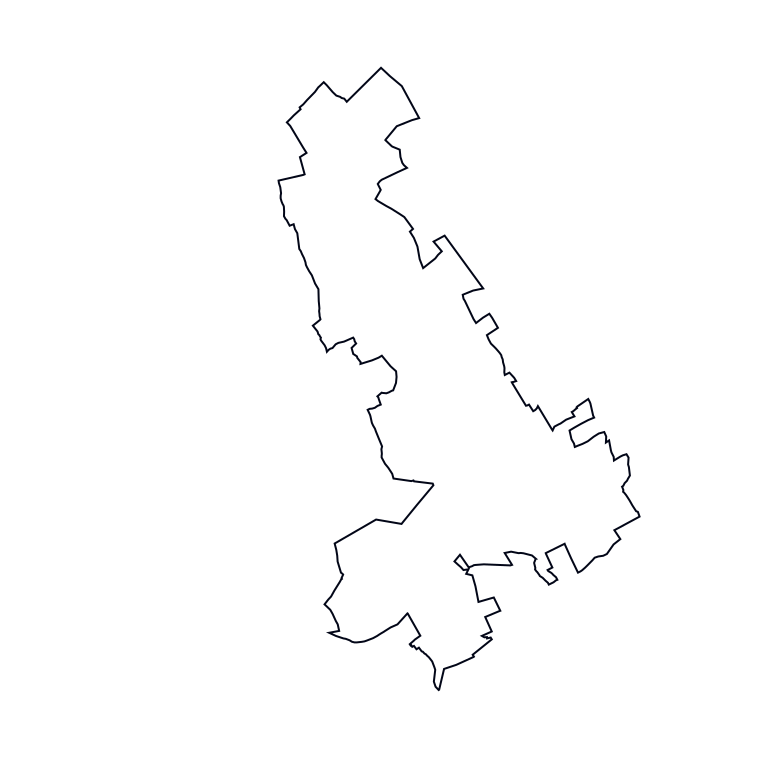 Hoctún, Yucatán, Mexico, rotated 233°
{"feature_id": "50627088B43977727646582", "entity_name": "Hoctún", "entity_type": "district", "adm_level": 2, "iso_a3": "MEX", "parent_name": "Mexico", "parent_adm1": "Yucatán", "projection": "albers", "projection_center": [-89.168, 20.886], "detail": "fine", "context": "isolated", "style": "outline", "palette": "ink", "viewbox_px": 768, "rotation_deg": 233, "n_neighbors": 0, "source": "geoboundaries", "source_scale": "gbopen_adm2", "svg_char_len": 5506}
<svg xmlns="http://www.w3.org/2000/svg" viewBox="0 0 768 768"><g transform="rotate(233 384 384)"><path d="M638.3,571.9L631.8,524.1L635.8,524.0L637.9,522.3L639.7,521.8L643.0,519.5L647.9,518.7L657.1,518.1L661.3,517.5L660.6,511.7L660.5,510.1L658.8,504.6L657.1,493.6L655.9,487.7L655.7,483.1L653.6,482.7L653.3,479.2L652.8,473.6L652.1,469.2L651.4,463.9L646.5,464.4L621.3,461.7L615.2,461.2L615.8,453.4L599.2,446.8L599.6,445.3L609.9,422.2L607.7,421.0L603.6,419.6L598.3,416.6L596.6,414.8L594.5,413.2L591.4,412.0L588.6,411.3L587.2,411.2L585.8,410.7L581.8,408.0L578.2,405.1L575.3,404.7L573.5,404.9L567.2,403.9L566.0,408.0L561.3,406.1L556.6,405.5L542.8,397.6L540.2,397.5L537.1,396.7L532.7,395.9L528.4,394.5L526.1,393.3L523.8,392.8L519.0,392.1L514.2,391.8L505.7,389.4L499.2,388.7L489.5,381.8L483.2,377.9L481.2,376.0L478.7,374.6L476.9,373.4L473.9,372.2L473.7,371.2L473.4,362.3L465.9,362.5L463.2,361.5L462.1,361.8L460.4,361.5L459.0,361.5L458.0,360.2L456.5,359.9L453.3,359.9L450.7,359.9L447.5,359.3L444.1,357.8L444.6,360.3L444.5,362.4L443.7,364.5L444.8,369.3L444.3,372.3L441.9,377.6L441.3,380.1L439.6,387.3L437.8,387.2L435.7,386.3L433.1,386.1L432.3,379.8L426.4,377.5L425.8,377.8L422.3,379.0L420.9,378.4L415.5,378.5L414.2,377.3L410.1,388.6L408.3,395.5L407.9,399.3L394.2,399.9L386.9,401.3L382.1,398.3L377.6,394.2L373.4,387.5L373.9,386.2L374.4,382.8L375.2,380.2L376.1,379.3L377.6,377.6L378.5,376.9L378.1,371.3L376.7,371.4L374.9,370.7L369.5,369.0L370.4,365.6L370.5,362.4L371.5,359.7L372.8,357.6L373.2,355.4L367.9,354.3L366.5,353.8L361.1,351.3L360.1,350.9L357.4,350.3L353.8,349.9L351.0,349.0L343.1,346.9L335.3,344.9L333.5,342.7L330.0,340.6L329.0,339.8L328.2,339.0L328.1,338.9L327.9,338.8L326.8,337.9L319.7,336.8L314.5,337.0L307.3,336.5L302.8,334.7L290.0,347.4L289.2,349.5L288.2,349.4L275.1,363.0L273.4,362.5L267.6,337.6L262.3,316.0L261.7,313.8L280.5,296.1L286.3,248.6L280.1,246.0L275.0,243.3L270.1,240.1L259.2,236.1L257.5,236.6L256.4,236.7L254.5,233.2L253.7,233.1L253.7,232.2L252.5,229.5L248.9,220.1L246.1,213.8L245.4,209.8L243.8,203.9L236.0,205.2L231.3,204.6L223.7,202.9L219.9,202.4L213.8,199.6L218.3,190.5L211.7,194.0L205.2,198.5L203.5,200.1L200.0,202.3L197.4,203.3L195.3,205.0L194.1,206.6L191.5,211.0L190.2,213.5L189.4,216.0L187.6,222.3L186.9,227.0L186.8,229.1L186.6,231.5L186.2,234.8L186.2,235.5L185.7,241.6L185.6,242.8L183.9,250.1L186.7,264.7L186.4,264.8L166.4,262.2L161.1,261.5L161.3,254.5L161.1,253.7L161.0,252.3L160.7,248.0L159.0,247.9L158.9,248.6L157.1,248.4L156.8,250.3L152.6,250.3L152.4,253.2L147.8,253.2L146.8,253.9L144.4,254.1L142.9,254.8L141.2,254.9L138.8,255.4L133.4,255.5L127.5,253.8L124.9,252.9L116.3,244.7L111.2,243.0L106.7,243.5L106.7,244.1L120.3,260.5L116.2,272.7L112.1,291.2L112.1,291.7L114.4,291.9L115.2,316.4L117.3,316.6L118.8,313.2L119.9,313.9L121.3,311.7L123.9,310.6L121.9,319.3L121.5,321.1L137.0,324.6L133.3,339.1L132.9,340.4L147.4,343.2L153.1,328.3L167.4,335.3L178.0,339.4L182.9,335.4L185.2,339.9L187.6,335.5L191.4,335.2L195.1,334.4L199.9,333.5L201.9,341.9L186.6,341.3L185.4,345.0L185.3,346.5L184.6,347.9L179.9,355.2L163.1,375.7L162.5,377.4L176.4,378.7L173.6,384.6L167.9,389.7L166.8,391.5L164.9,393.5L158.0,399.0L153.0,400.1L153.1,399.9L151.7,397.7L151.0,396.5L150.5,396.1L146.1,394.2L144.9,393.0L142.5,393.0L141.7,393.2L137.8,393.1L136.9,392.9L133.7,394.1L129.8,394.6L126.6,395.3L124.6,394.9L123.6,400.1L123.7,403.2L123.3,404.6L126.1,405.1L129.7,404.3L131.2,404.2L132.6,403.9L135.8,402.6L137.0,402.7L136.1,408.0L151.1,411.2L151.6,411.4L148.9,425.7L147.9,431.0L147.7,432.1L147.1,431.9L132.1,428.5L116.6,425.4L116.1,428.2L116.0,430.3L116.1,431.3L116.3,434.0L116.7,437.1L117.7,443.8L117.7,444.0L118.5,447.7L117.3,451.3L114.9,455.7L114.1,459.7L117.7,470.8L117.9,479.4L128.6,480.0L124.3,508.3L129.1,509.8L130.7,508.8L137.6,509.3L142.8,510.0L145.0,510.2L149.6,510.5L152.7,510.4L154.0,510.1L155.3,511.4L155.5,511.4L158.1,512.2L158.7,512.3L158.7,513.9L160.0,516.5L160.5,519.9L161.5,521.8L162.9,525.3L170.3,529.6L172.8,530.5L178.0,535.0L182.0,535.4L183.3,531.8L183.8,529.1L184.5,521.6L187.6,523.6L192.5,524.5L194.5,525.3L203.5,529.8L203.7,526.0L208.4,529.9L213.1,531.0L215.2,525.8L215.7,519.8L215.7,519.1L215.6,512.3L216.7,506.5L218.0,501.9L218.9,498.5L222.1,499.9L227.1,500.5L235.2,504.2L234.6,509.9L233.6,517.5L232.3,525.3L230.7,531.6L232.9,532.0L244.2,537.1L245.6,537.5L249.1,538.1L249.7,524.9L249.5,523.8L248.6,523.7L248.6,521.9L248.4,519.0L248.6,517.1L243.5,516.6L244.6,512.7L245.9,508.0L246.2,501.1L246.6,499.5L247.4,494.4L245.4,490.7L245.9,490.7L246.1,490.8L246.3,490.8L246.9,490.8L273.7,493.6L272.6,491.4L272.2,489.1L272.5,486.8L280.3,487.4L280.6,485.7L281.2,484.3L306.2,486.8L308.5,487.1L308.3,487.7L307.8,488.4L306.8,491.3L310.6,491.7L317.6,491.0L318.5,485.9L320.9,487.1L324.2,489.8L325.9,490.7L329.6,492.1L332.2,493.6L334.7,494.2L336.5,495.0L339.0,495.1L341.0,495.0L345.1,494.7L347.4,494.4L351.9,493.7L356.6,494.4L361.1,495.6L360.3,508.8L371.8,510.2L376.7,510.4L377.4,503.0L377.3,494.2L382.1,494.6L401.7,498.6L404.2,498.8L407.9,500.6L405.0,511.4L400.6,520.7L466.0,521.7L467.9,509.3L460.4,509.7L455.2,510.0L454.6,504.8L453.4,500.5L453.0,485.0L462.2,487.6L473.6,493.4L482.7,495.8L490.1,496.4L490.4,500.5L505.1,500.7L509.9,499.0L519.7,495.3L524.7,493.0L533.7,489.3L536.8,488.5L540.3,496.7L541.0,498.2L547.5,499.4L548.4,502.6L548.5,505.1L544.9,522.8L542.8,532.4L546.8,531.6L549.6,531.7L555.3,533.7L561.7,537.6L568.6,533.5L569.7,533.2L577.1,532.0L578.0,531.9L578.3,532.9L582.2,549.3L577.9,565.1L575.2,572.1L611.2,577.5L626.3,574.0L638.3,571.9Z" fill="none" stroke="#020617" stroke-width="2"/></g></svg>